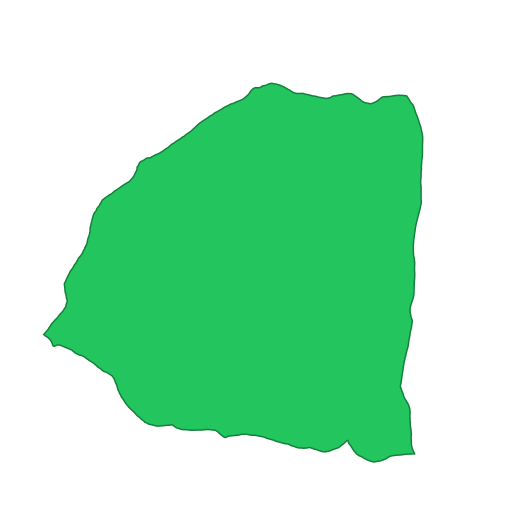 Haykota, Gash Barka, Eritrea, rotated 101°
{"feature_id": "51966322B40149499398016", "entity_name": "Haykota", "entity_type": "district", "adm_level": 2, "iso_a3": "ERI", "parent_name": "Eritrea", "parent_adm1": "Gash Barka", "projection": "orthographic", "projection_center": [37.006, 15.215], "detail": "fine", "context": "isolated", "style": "filled", "palette": "green", "viewbox_px": 512, "rotation_deg": 101, "n_neighbors": 0, "source": "geoboundaries", "source_scale": "gbopen_adm2", "svg_char_len": 5975}
<svg xmlns="http://www.w3.org/2000/svg" viewBox="0 0 512 512"><g transform="rotate(101 256 256)"><path d="M70.1,138.6L70.3,142.2L70.8,145.6L71.0,146.8L72.1,150.5L73.6,154.4L74.1,156.0L75.4,161.3L76.2,162.8L78.1,164.3L81.1,167.0L83.4,170.1L84.1,171.3L84.6,172.5L84.7,173.7L84.7,178.6L84.0,181.1L83.7,181.8L81.8,185.0L80.8,187.3L78.8,191.9L78.5,193.2L78.9,196.3L79.4,198.4L79.8,199.2L81.5,203.2L82.4,205.9L83.5,208.1L84.1,210.5L84.7,211.6L85.8,212.5L86.7,214.2L87.7,216.3L88.0,218.2L88.1,225.6L87.8,228.1L88.0,230.6L87.9,233.0L87.7,235.1L87.7,238.9L87.4,241.1L88.6,246.3L88.7,248.1L88.2,250.9L87.8,252.2L86.5,255.3L86.2,256.7L85.4,258.8L84.8,260.5L83.9,264.3L83.6,266.8L83.4,269.5L83.6,272.0L83.4,273.2L83.4,273.5L84.1,275.1L84.7,276.3L86.6,278.9L87.7,281.8L88.0,282.0L88.4,282.7L89.7,283.9L90.0,284.4L90.2,284.8L90.9,288.9L91.9,290.2L92.6,291.0L93.2,291.5L93.9,291.8L95.2,292.8L96.0,292.9L96.3,293.1L97.1,293.4L98.8,294.2L102.7,297.1L104.8,299.1L106.5,301.4L108.2,304.3L110.2,306.9L111.9,310.1L113.8,312.3L116.0,315.4L118.1,317.4L121.7,321.7L123.7,324.1L125.7,325.7L127.6,328.1L129.7,329.9L133.2,333.6L136.5,336.8L138.1,338.1L141.8,340.6L143.1,341.7L145.9,343.6L149.7,347.5L152.4,349.6L153.2,350.8L155.7,353.0L156.4,353.9L157.8,355.3L158.5,356.2L160.5,357.8L162.3,360.0L166.5,363.2L168.1,365.1L168.7,365.5L170.3,367.0L174.1,371.1L175.6,373.6L180.0,379.0L180.3,380.9L180.7,381.7L181.4,382.7L182.4,383.5L184.2,385.4L185.0,386.9L186.4,388.0L190.1,389.0L191.5,389.7L192.6,389.4L195.1,389.5L196.6,390.1L200.0,390.9L202.4,391.8L205.4,393.6L206.2,393.9L206.9,394.4L211.1,399.1L213.3,401.3L218.0,405.7L219.1,407.1L222.6,409.8L223.7,411.3L224.9,412.4L228.0,415.4L230.3,417.4L231.3,417.8L233.7,418.5L234.4,418.9L236.4,419.4L237.4,420.0L239.8,421.2L241.8,421.5L244.3,422.8L247.9,423.6L249.4,423.6L250.9,423.8L254.2,423.9L255.7,424.1L257.9,424.0L259.1,424.2L260.8,424.1L262.9,423.6L267.5,423.7L270.3,424.2L274.0,424.4L275.3,424.3L276.0,424.3L277.5,424.6L278.6,425.1L280.0,425.2L280.3,425.3L280.6,425.7L281.6,425.6L283.6,426.4L284.0,426.5L284.4,426.4L287.2,427.3L289.5,428.3L291.5,429.6L292.7,430.0L293.4,430.2L295.9,431.0L298.0,431.8L299.4,432.6L300.9,433.1L302.4,433.4L306.4,435.4L308.9,436.0L311.9,436.9L316.3,438.0L317.4,438.1L319.0,438.7L320.7,438.7L321.5,438.4L322.1,438.0L323.1,437.8L327.7,436.5L330.5,435.1L334.0,433.8L335.6,432.8L336.2,432.6L339.5,433.1L341.6,433.0L342.4,433.1L343.9,433.9L346.8,434.9L347.9,435.6L350.7,437.4L352.3,438.2L353.7,438.8L355.8,439.9L356.5,440.7L358.6,441.8L361.6,443.7L364.6,444.8L366.1,445.6L367.2,445.8L373.7,449.4L373.8,448.9L374.5,447.7L375.9,444.5L377.1,442.6L378.4,441.1L379.8,440.0L381.0,439.2L382.0,438.7L383.0,437.9L383.2,437.2L383.1,436.7L382.5,436.2L382.1,435.2L381.1,433.7L380.9,432.4L381.0,430.7L383.5,418.7L384.2,417.7L385.0,416.2L385.6,415.3L387.0,410.1L386.9,408.5L387.5,405.9L390.5,399.5L391.1,397.5L392.8,393.7L393.5,393.0L393.8,392.1L394.6,390.7L395.3,389.7L395.8,388.5L396.1,388.0L396.4,387.1L396.8,386.2L397.3,385.6L398.3,383.6L398.6,381.2L399.1,379.2L399.9,377.5L400.2,376.6L401.0,374.7L401.4,374.1L402.6,372.8L404.7,371.0L406.6,370.1L407.7,369.3L408.6,368.6L412.0,366.7L413.8,365.9L415.6,364.4L416.6,363.9L418.6,362.2L419.9,361.4L420.4,360.9L421.3,359.7L425.4,355.9L426.4,354.6L428.7,352.0L430.2,349.8L432.5,346.0L435.8,341.6L436.2,340.6L436.3,340.0L438.1,337.3L439.6,334.4L440.4,333.2L440.4,332.5L441.5,329.4L441.6,328.9L441.5,326.8L441.9,321.6L441.6,319.1L441.2,318.0L440.2,314.2L439.7,312.9L438.3,307.6L437.7,306.4L437.7,306.1L439.8,301.4L440.0,299.1L440.5,295.9L439.7,290.0L439.4,286.4L438.3,281.4L437.1,275.8L436.4,273.6L435.7,271.0L435.2,267.9L434.9,262.7L435.1,261.9L435.6,260.5L437.2,258.0L438.7,255.1L439.4,254.1L440.0,252.6L440.1,251.8L439.8,251.0L438.0,248.5L436.2,242.4L435.7,241.1L435.5,239.8L434.2,237.0L433.7,235.7L433.5,234.4L433.0,233.1L432.7,231.3L432.9,228.4L432.6,225.0L432.2,222.8L432.1,220.1L432.2,218.5L432.2,213.7L432.9,210.4L433.5,202.8L434.0,201.6L434.7,191.5L434.4,189.1L435.5,184.8L435.6,183.9L435.6,182.1L436.0,180.7L436.2,179.3L436.2,176.5L435.8,175.5L435.8,174.1L435.7,172.9L435.1,170.6L434.6,169.0L434.1,167.9L433.7,166.6L434.4,162.1L434.4,160.3L435.2,155.6L435.1,154.9L435.4,152.8L434.9,150.1L433.6,147.1L432.6,145.4L430.8,142.7L428.5,138.5L426.6,136.8L425.2,135.8L423.8,134.3L421.0,132.3L419.8,131.6L419.6,131.3L419.6,130.9L420.0,130.4L421.5,129.6L422.6,128.8L424.0,127.0L425.8,125.4L429.0,122.2L431.4,119.0L432.4,116.6L432.9,114.0L434.0,111.1L435.1,107.2L435.4,105.6L435.7,102.6L435.7,101.1L435.5,100.3L434.9,98.9L434.2,97.2L434.0,96.3L433.0,94.1L430.8,90.5L430.0,89.4L428.8,88.1L428.2,87.7L427.0,86.2L426.0,83.9L425.0,80.8L423.4,75.1L422.7,73.1L421.5,69.6L421.0,66.6L420.4,64.8L420.0,62.6L419.4,62.9L417.5,64.4L415.0,65.9L412.6,67.1L411.0,67.6L407.0,68.4L405.0,69.1L402.5,69.3L400.2,69.8L396.8,70.8L394.0,71.8L391.2,72.6L390.2,72.7L387.9,73.5L385.4,73.9L384.1,74.4L380.0,74.9L376.4,76.0L375.4,76.6L374.4,77.0L371.5,79.0L370.3,80.3L369.3,81.0L368.2,82.2L365.9,84.0L364.5,84.8L363.6,85.1L359.2,87.9L358.1,88.4L356.9,89.2L356.2,89.5L351.5,89.4L351.1,89.5L342.4,90.0L340.9,89.9L337.0,90.2L334.3,90.2L332.0,90.4L329.8,90.2L327.9,90.2L325.7,90.0L322.6,90.0L315.5,89.5L312.2,89.6L310.9,89.8L304.7,89.8L301.9,90.0L298.6,89.9L296.5,89.8L291.7,90.1L290.7,90.0L290.2,90.1L288.9,90.6L285.6,92.5L283.3,93.3L282.0,93.9L279.1,94.6L277.2,94.7L273.3,94.5L268.3,93.8L266.3,93.6L263.4,93.7L253.0,95.4L247.0,96.1L242.0,97.0L240.8,97.4L238.0,98.0L232.5,98.9L228.0,100.2L226.9,100.9L224.9,101.6L222.0,102.3L216.3,103.5L214.7,103.7L210.6,104.2L197.4,104.9L194.4,104.9L188.2,104.6L178.4,104.0L172.1,103.9L170.2,104.3L168.3,104.9L160.4,106.4L156.4,107.2L153.6,108.1L151.7,108.6L145.8,109.2L142.6,109.9L139.5,110.1L137.5,110.6L130.5,111.5L126.6,111.7L122.8,112.3L116.1,113.6L110.2,114.5L106.6,115.3L104.6,116.0L99.5,118.3L97.9,118.9L94.6,120.9L92.6,121.9L89.4,123.7L84.7,126.7L79.4,129.6L78.3,130.4L77.2,131.3L76.2,132.8L75.0,134.1L73.6,135.2L70.1,138.6Z" fill="#22c55e" stroke="#15803d" stroke-width="1.5"/></g></svg>